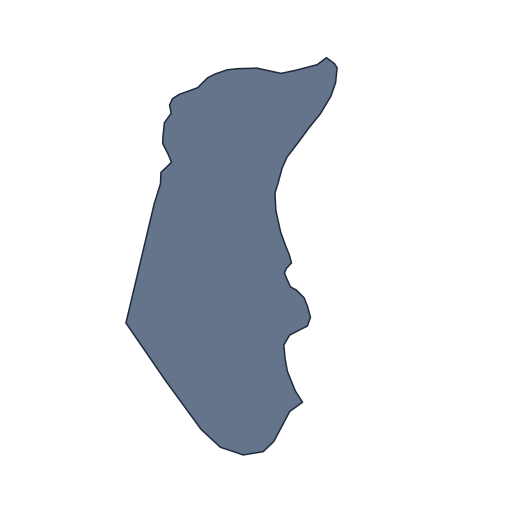 SVG path tracing the border of Ohrid, rotated 338°
{"feature_id": "MKD-2898", "entity_name": "Ohrid", "entity_type": "Statistical Region", "adm_level": 1, "iso_a3": "MKD", "parent_name": "North Macedonia", "parent_adm1": "", "projection": "albers", "projection_center": [20.864, 41.072], "detail": "fine", "context": "isolated", "style": "filled", "palette": "slate", "viewbox_px": 512, "rotation_deg": 338, "n_neighbors": 0, "source": "natural_earth", "source_scale": "10m", "svg_char_len": 973}
<svg xmlns="http://www.w3.org/2000/svg" viewBox="0 0 512 512"><g transform="rotate(338 256 256)"><path d="M189.4,440.1L169.7,435.7L161.7,428.8L151.3,420.0L140.1,396.1L125.2,336.8L110.3,269.4L181.0,169.7L194.5,153.2L199.2,142.9L208.0,139.4L212.7,137.4L212.7,129.1L211.6,116.7L214.8,109.8L221.0,98.1L230.8,91.9L232.4,83.6L237.6,78.8L245.4,77.4L265.0,78.1L278.0,72.6L286.4,71.9L299.2,72.6L309.1,75.4L327.3,82.2L347.5,96.0L362.6,98.7L384.3,101.5L395.6,98.5L400.8,107.0L401.7,111.9L394.7,125.2L385.3,135.9L368.7,148.4L352.8,157.2L339.6,165.4L321.7,176.0L312.7,184.8L304.7,195.5L297.1,204.9L291.5,221.1L287.8,243.1L287.3,256.8L287.3,267.5L286.3,275.7L279.7,278.8L276.0,282.5L276.0,288.2L276.4,297.6L280.6,302.6L284.9,312.6L284.9,322.0L283.5,333.3L277.3,340.2L269.3,340.8L257.5,342.0L248.5,348.9L244.8,360.9L241.9,374.6L241.9,386.5L241.9,395.9L243.1,402.3L244.3,408.8L244.3,409.0L229.0,412.8L203.1,434.6L189.4,440.1Z" fill="#64748b" stroke="#1e293b" stroke-width="1.5"/></g></svg>